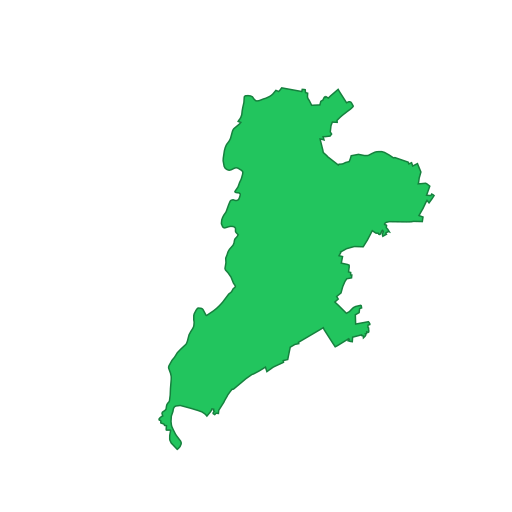 outline of Thanh Mien, Hải Dương, Vietnam, rotated 51°
{"feature_id": "81297802B67689154766571", "entity_name": "Thanh Mien", "entity_type": "district", "adm_level": 2, "iso_a3": "VNM", "parent_name": "Vietnam", "parent_adm1": "Hải Dương", "projection": "equal_earth", "projection_center": [106.217, 20.766], "detail": "fine", "context": "isolated", "style": "filled", "palette": "green", "viewbox_px": 512, "rotation_deg": 51, "n_neighbors": 0, "source": "geoboundaries", "source_scale": "gbopen_adm2", "svg_char_len": 6126}
<svg xmlns="http://www.w3.org/2000/svg" viewBox="0 0 512 512"><g transform="rotate(51 256 256)"><path d="M154.2,214.2L159.3,219.8L161.3,221.6L166.2,224.3L168.2,224.7L169.4,224.5L170.6,224.1L171.8,223.4L172.6,222.7L173.4,220.9L174.1,217.8L174.5,216.7L175.0,215.8L175.7,215.2L176.7,214.6L180.5,213.3L181.9,213.3L182.5,213.4L184.0,214.9L186.2,218.0L187.1,219.4L188.5,222.4L190.7,226.0L191.1,226.8L192.4,231.2L192.7,231.9L193.0,232.0L193.6,231.9L194.8,231.0L195.9,229.8L196.6,229.4L197.5,229.2L198.1,229.4L198.7,229.9L199.7,231.3L200.4,232.4L201.1,234.0L201.1,234.8L200.9,235.7L200.5,236.4L199.7,237.3L198.0,238.3L197.7,238.7L197.1,240.1L197.0,241.0L197.3,241.9L198.9,244.9L202.6,251.0L203.1,252.1L204.0,255.3L205.0,257.6L206.4,259.9L208.4,261.9L209.2,262.6L212.2,263.5L213.0,263.5L213.8,263.2L214.4,262.7L214.9,261.7L216.0,258.9L216.9,257.2L218.0,255.9L219.0,255.0L219.9,254.6L220.7,254.4L221.4,254.5L222.1,254.9L223.5,256.1L224.3,256.6L225.3,256.7L228.2,256.5L228.9,258.0L229.2,259.4L229.4,261.1L229.6,261.8L230.2,262.8L232.0,264.8L233.2,267.1L234.1,272.4L235.0,274.8L235.5,275.7L236.9,277.8L238.5,280.7L239.0,281.2L242.2,283.5L243.2,284.6L246.1,287.9L247.0,288.3L247.7,288.5L251.6,288.3L256.7,288.7L262.9,290.6L265.5,290.8L266.4,291.0L266.8,291.4L267.1,292.2L267.1,294.3L268.4,297.5L268.5,298.8L268.4,301.1L270.9,311.0L271.6,315.7L271.9,319.6L271.9,323.4L271.2,331.3L271.0,332.0L270.5,332.1L264.3,330.9L263.3,331.0L262.2,331.5L260.0,333.7L259.9,334.5L260.0,335.1L260.4,336.6L262.0,340.3L263.0,341.7L266.4,344.5L268.5,345.7L270.8,347.9L271.7,349.0L272.6,351.0L273.7,354.3L275.1,357.6L279.0,362.9L280.0,364.6L280.5,365.7L280.6,366.6L281.0,372.7L281.6,377.8L283.4,383.0L284.2,386.9L286.4,392.4L286.8,393.1L287.4,393.9L288.3,394.5L293.3,396.2L295.9,397.5L296.8,398.1L298.6,399.6L305.2,405.9L310.1,410.2L314.0,414.3L314.5,415.1L314.9,417.4L315.5,418.9L316.3,420.0L317.9,421.7L318.5,422.5L318.7,424.0L318.5,426.6L318.5,427.0L318.8,427.6L319.3,428.2L321.6,429.1L321.3,430.6L321.3,432.3L321.6,433.8L321.9,434.1L322.3,434.4L322.7,434.4L323.4,433.9L324.5,433.8L325.2,434.6L325.9,435.0L328.4,433.5L329.2,433.3L330.1,433.7L331.5,432.4L334.2,434.9L334.8,435.2L335.0,435.1L337.4,432.1L337.8,432.1L341.2,436.0L344.0,438.3L344.9,438.8L348.0,439.6L356.7,438.9L356.7,437.4L356.3,435.0L355.1,432.7L354.7,432.2L353.9,431.6L352.5,431.1L345.9,430.9L343.8,430.7L339.1,429.7L335.7,428.8L334.3,428.2L331.1,426.2L327.1,422.5L324.6,418.5L322.8,416.4L322.1,415.1L321.9,413.8L322.3,412.4L324.5,408.9L333.2,402.6L339.7,398.2L343.2,396.1L346.4,395.1L348.4,394.9L349.5,394.9L348.5,389.8L348.0,388.2L347.1,386.4L348.5,385.3L349.3,386.3L350.5,386.1L350.8,387.8L351.5,388.5L353.3,387.9L353.0,386.0L354.7,384.3L352.7,382.3L352.3,381.6L349.4,373.0L348.6,371.4L346.8,366.7L346.2,365.4L345.1,361.3L344.5,358.5L344.5,358.3L345.0,357.9L345.3,357.1L345.0,341.1L345.5,333.7L346.1,332.2L347.3,326.1L348.3,318.6L352.7,320.3L353.2,312.6L353.6,310.8L355.9,301.5L354.4,300.7L356.4,296.5L348.4,286.8L349.2,281.4L351.0,277.9L349.8,277.4L354.1,248.8L356.0,249.4L372.3,251.2L376.4,251.6L376.9,249.3L378.6,236.0L379.5,236.0L379.9,237.7L381.7,236.5L383.2,235.1L379.9,232.0L383.7,223.6L384.1,224.0L384.5,223.9L385.4,223.1L385.7,223.0L387.2,224.0L387.0,221.9L386.7,220.8L386.2,220.2L385.3,220.0L385.9,218.8L384.6,217.7L386.0,216.8L386.0,216.5L386.0,216.3L385.3,215.5L383.3,214.3L382.9,213.8L381.8,213.9L380.2,212.4L380.9,210.7L380.5,210.3L379.0,210.0L377.8,210.0L377.7,210.2L371.6,221.4L364.2,215.8L364.9,211.5L362.1,208.6L362.8,206.6L361.6,205.9L360.8,205.5L360.2,205.7L357.9,210.4L357.7,211.5L357.4,212.7L357.5,214.3L358.0,218.5L357.4,221.8L346.2,223.0L341.4,223.7L341.2,219.2L338.2,218.8L338.2,213.2L334.4,207.9L331.8,203.0L330.8,199.8L333.1,195.5L331.1,193.5L330.3,194.4L328.4,192.8L326.6,194.1L323.2,190.5L321.7,189.4L320.2,190.2L315.2,194.2L310.9,189.1L308.0,191.3L306.7,188.0L306.1,187.8L307.3,181.0L310.2,174.3L310.7,173.4L316.3,166.9L313.7,159.4L309.5,149.7L313.5,148.5L314.5,147.6L315.1,146.7L315.6,146.6L316.2,146.9L316.9,146.6L317.2,146.1L317.2,145.5L315.8,142.5L315.6,141.7L315.7,141.4L317.2,141.7L318.3,143.8L319.1,144.4L320.5,145.0L320.9,142.6L321.2,141.0L320.5,141.0L320.1,140.8L319.8,140.5L319.8,140.1L320.3,137.7L321.1,137.2L318.2,136.8L316.1,136.9L315.6,136.7L314.6,135.4L314.4,135.3L313.9,135.3L312.8,136.1L312.4,136.2L312.0,135.9L311.8,135.4L311.7,134.8L311.8,133.6L313.1,130.9L324.1,117.7L325.9,115.4L327.1,113.8L328.2,111.8L333.9,105.1L330.8,101.7L327.1,103.9L324.1,96.2L321.3,90.4L320.4,88.1L323.6,88.1L322.3,83.2L321.1,79.6L319.7,79.9L318.4,80.5L319.1,82.1L316.1,85.2L311.1,77.0L307.5,77.8L306.2,78.4L303.4,82.6L302.0,84.5L301.2,83.4L298.1,80.1L294.5,75.0L285.8,72.4L284.7,77.6L281.4,76.4L280.6,79.3L278.8,78.7L267.1,86.0L266.7,86.5L266.3,87.4L261.2,89.0L256.3,91.0L254.0,92.6L252.0,95.1L250.9,96.7L250.2,98.1L249.3,101.5L248.6,105.1L248.0,106.3L246.3,108.4L241.5,112.4L238.0,118.9L240.0,121.8L241.3,124.2L239.7,127.6L239.2,130.0L238.8,131.0L237.3,133.3L236.9,133.6L237.1,134.8L223.7,137.9L222.8,137.8L217.9,138.6L215.5,137.3L205.4,132.6L206.7,131.4L208.6,130.1L205.5,128.8L206.8,127.1L209.4,123.0L208.8,120.5L206.3,120.2L201.9,115.7L200.2,112.8L200.0,112.4L203.2,108.8L201.6,107.7L201.5,107.2L201.1,103.1L201.0,100.3L201.1,94.8L201.3,90.0L201.1,87.1L200.7,86.1L197.3,85.5L196.1,85.5L195.1,86.1L194.5,86.9L193.9,89.2L180.6,87.7L178.2,87.3L178.5,97.5L178.8,100.4L176.1,101.4L176.3,102.5L175.6,102.7L175.9,103.8L176.9,105.8L176.6,108.3L178.8,111.3L178.2,112.1L173.9,117.9L168.3,116.7L166.6,116.6L165.2,116.1L164.4,115.6L162.0,113.4L160.2,114.7L157.7,113.1L156.7,114.0L155.6,115.2L157.0,116.9L141.5,130.2L142.2,133.0L142.4,134.9L139.8,136.3L140.7,140.9L140.8,142.9L140.6,145.0L139.6,149.0L138.6,151.5L137.4,155.3L136.7,156.8L135.7,158.1L135.1,158.5L132.6,158.8L130.1,158.6L128.2,159.5L126.3,161.3L124.8,163.5L124.8,164.6L125.2,165.2L129.1,168.8L132.4,173.0L134.5,175.4L137.2,178.1L138.7,180.6L139.3,182.1L139.8,184.2L140.2,185.2L142.6,183.7L143.0,185.4L143.1,192.5L143.2,193.4L143.4,194.1L143.9,195.2L144.6,196.3L148.5,201.7L149.2,203.1L149.9,204.9L150.7,208.2L151.2,209.5L152.4,211.7L154.2,214.2Z" fill="#22c55e" stroke="#15803d" stroke-width="1.5"/></g></svg>